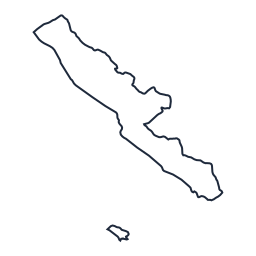 outline of Bengkulu
{"feature_id": "IDN-1225", "entity_name": "Bengkulu", "entity_type": "Province", "adm_level": 1, "iso_a3": "IDN", "parent_name": "Indonesia", "parent_adm1": "", "projection": "mercator", "projection_center": [102.58, -3.868], "detail": "fine", "context": "isolated", "style": "outline", "palette": "slate", "viewbox_px": 256, "rotation_deg": 0, "n_neighbors": 0, "source": "natural_earth", "source_scale": "10m", "svg_char_len": 3825}
<svg xmlns="http://www.w3.org/2000/svg" viewBox="0 0 256 256"><path d="M211.5,200.3L210.4,199.9L209.9,199.9L208.3,199.9L207.7,199.8L207.5,199.6L207.3,199.3L207.1,199.0L206.4,198.5L205.3,197.5L204.7,197.1L204.0,196.7L203.2,196.4L202.3,196.2L201.4,196.1L200.6,196.4L199.7,196.9L198.9,197.2L198.2,197.1L197.8,196.4L196.7,193.3L196.2,192.6L195.7,192.2L194.3,191.4L193.3,192.3L192.3,191.9L191.4,190.7L190.5,187.7L189.2,186.4L181.5,179.7L173.0,174.5L164.1,171.0L163.0,170.0L162.0,167.4L161.1,166.1L149.0,155.7L137.1,147.5L126.0,138.8L124.1,137.8L122.3,136.4L120.8,134.6L120.3,132.3L120.6,131.2L121.9,129.1L122.1,127.7L121.7,126.3L119.6,123.9L118.9,122.7L118.7,122.0L118.8,121.3L118.9,120.8L118.9,120.3L118.5,119.5L118.0,118.9L117.6,118.2L117.4,117.3L117.3,114.8L116.9,113.5L116.0,112.4L105.3,106.0L92.3,97.1L75.8,85.3L74.0,83.5L72.1,80.2L70.8,79.2L60.7,63.0L60.0,60.1L54.4,50.0L52.5,47.9L49.9,46.2L44.1,43.3L41.5,41.6L39.1,39.5L33.7,32.2L37.3,29.0L43.6,24.4L44.8,23.9L48.2,22.9L49.7,22.2L52.8,20.2L55.0,19.5L60.7,15.5L61.9,15.4L62.4,15.7L63.0,16.2L63.5,16.9L65.2,18.4L66.3,19.1L67.1,19.6L67.5,20.1L67.6,20.5L67.8,21.3L69.0,23.3L70.7,30.1L71.3,31.1L72.2,31.8L74.4,32.6L75.4,33.5L75.8,34.3L76.4,36.0L78.8,38.2L80.3,40.5L82.6,42.9L85.1,44.8L88.9,46.8L89.8,47.2L91.6,47.7L92.4,48.3L93.9,50.1L94.6,50.4L95.3,50.4L96.7,49.9L97.2,49.7L98.2,49.7L100.4,50.7L102.1,51.7L103.0,52.2L104.7,52.6L105.3,53.0L106.8,54.9L108.7,56.3L109.3,57.0L109.9,57.9L110.9,60.3L111.8,61.2L114.9,64.0L116.1,64.9L116.6,65.6L116.9,66.4L117.3,68.0L117.1,68.3L116.8,68.5L115.5,68.6L115.1,68.7L115.2,69.6L117.3,72.1L118.1,72.6L118.6,72.7L119.3,72.7L120.1,72.8L121.6,73.6L122.6,73.9L123.3,73.9L123.6,73.6L124.3,72.9L124.8,72.6L125.4,72.5L126.2,72.6L130.4,74.1L132.1,75.7L133.2,76.5L133.9,77.1L134.3,77.8L134.4,78.4L134.3,79.1L133.8,80.4L133.5,82.7L133.2,83.3L132.9,83.7L132.5,84.1L132.4,84.4L132.3,84.8L132.5,85.3L133.0,85.7L133.7,86.0L134.6,86.6L135.3,87.3L136.0,88.3L136.7,89.1L137.8,90.1L138.7,91.2L139.5,91.8L140.2,92.1L140.8,92.2L142.8,93.4L144.2,93.7L144.9,93.5L145.6,93.0L147.8,90.8L150.7,88.6L152.2,87.7L153.5,87.3L154.1,87.5L154.6,88.1L155.3,90.2L155.9,91.2L159.7,93.6L160.7,93.9L164.7,94.7L166.0,95.1L167.9,95.3L168.8,95.7L169.5,96.2L169.9,96.7L170.2,97.4L170.4,98.0L170.7,99.7L170.8,101.5L170.1,107.0L169.1,108.3L167.4,108.1L166.7,108.2L165.8,108.4L164.9,108.5L163.9,108.3L162.2,107.6L161.6,107.6L161.4,108.0L161.6,108.7L162.1,109.7L162.6,110.6L162.5,111.5L161.7,112.3L160.3,113.3L158.9,113.9L157.3,115.0L149.1,122.6L147.9,123.2L145.9,123.7L144.1,124.2L144.5,125.1L146.3,126.3L147.0,127.2L147.8,128.4L148.7,129.2L151.1,130.8L152.0,131.8L153.7,134.4L154.5,135.1L155.8,135.8L158.9,137.1L159.8,137.2L160.9,137.1L163.3,136.4L164.6,136.7L165.2,137.0L168.3,139.5L169.5,138.8L171.1,138.7L172.0,138.8L173.3,138.6L175.1,138.6L175.9,138.3L176.5,138.3L177.0,138.4L178.0,139.1L178.5,139.3L179.0,139.8L179.4,140.3L179.8,142.6L181.7,146.7L182.1,148.2L182.4,153.8L183.3,155.3L184.4,155.2L184.9,155.3L186.2,155.8L188.1,156.8L191.2,157.4L194.3,159.3L196.6,160.1L200.5,160.4L203.5,162.5L205.5,163.2L206.5,163.1L209.6,163.3L210.4,163.6L211.2,164.0L211.7,164.8L212.0,165.9L212.4,171.9L212.9,173.7L213.5,174.8L215.6,177.3L216.4,179.7L217.0,180.3L217.4,181.2L219.1,187.5L219.2,188.4L219.4,189.3L219.8,189.9L221.1,190.7L221.8,191.3L222.3,192.6L220.2,195.0L218.1,196.6L216.2,197.6L213.6,199.4L212.5,199.8L211.5,200.3L211.5,200.3ZM128.7,234.0L128.3,235.0L127.3,235.9L126.0,236.6L126.2,237.5L127.1,238.4L127.6,239.1L126.8,239.5L123.6,238.8L123.1,238.5L122.9,238.8L122.3,238.8L121.7,238.7L121.2,238.8L121.0,239.1L120.3,240.6L119.4,239.9L118.5,237.7L117.7,236.6L109.5,230.3L107.5,229.3L110.9,226.1L112.6,225.5L114.6,226.0L116.5,227.0L117.4,227.3L118.6,227.4L119.6,227.7L120.5,228.4L121.7,229.8L125.9,231.1L127.9,232.1L128.7,234.0Z" fill="none" stroke="#1e293b" stroke-width="2"/></svg>